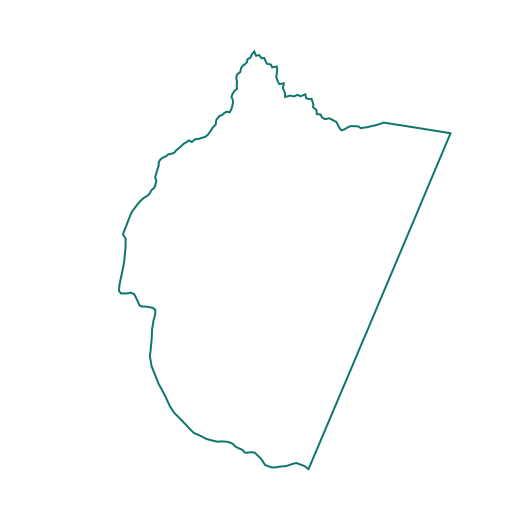 the district of Exu, Pernambuco, Brazil, rotated 203°
{"feature_id": "56859067B93909789229404", "entity_name": "Exu", "entity_type": "district", "adm_level": 2, "iso_a3": "BRA", "parent_name": "Brazil", "parent_adm1": "Pernambuco", "projection": "equal_earth", "projection_center": [-39.683, -7.516], "detail": "fine", "context": "isolated", "style": "outline", "palette": "teal", "viewbox_px": 512, "rotation_deg": 203, "n_neighbors": 0, "source": "geoboundaries", "source_scale": "gbopen_adm2", "svg_char_len": 2363}
<svg xmlns="http://www.w3.org/2000/svg" viewBox="0 0 512 512"><g transform="rotate(203 256 256)"><path d="M124.4,80.3L124.4,162.1L124.4,192.7L124.5,218.9L124.4,229.4L124.5,257.6L124.6,337.9L124.6,351.7L124.8,392.9L124.8,406.7L124.8,416.0L124.9,444.9L127.4,444.4L160.3,436.3L190.5,428.7L195.6,424.2L198.5,422.0L201.1,420.2L203.3,418.5L209.5,414.6L212.3,415.3L219.0,412.9L221.4,410.9L223.7,407.5L226.4,405.1L229.3,406.5L234.4,410.8L242.3,411.4L246.1,408.9L249.7,409.5L251.8,411.5L255.3,410.4L257.5,414.0L261.5,415.2L262.5,418.0L266.2,422.3L268.6,421.1L271.4,420.8L273.8,424.1L277.4,420.5L280.9,420.5L283.4,417.7L287.2,417.0L291.3,413.8L293.5,417.9L296.8,421.0L297.8,425.8L301.9,423.4L304.4,425.5L307.1,428.4L309.4,436.0L311.0,438.5L314.8,436.0L317.1,438.0L321.2,437.3L325.7,441.4L328.2,440.2L331.6,442.2L334.2,440.3L337.5,443.6L338.6,439.9L338.6,436.4L340.7,433.8L340.1,430.9L341.0,428.4L342.4,426.2L343.2,423.5L342.4,419.1L344.3,416.0L343.9,412.3L341.5,408.9L340.2,405.0L338.8,402.4L340.2,400.1L341.0,396.0L340.7,392.8L338.8,391.1L337.1,388.6L336.6,385.6L336.1,382.1L336.3,378.0L339.3,377.4L341.0,375.4L342.1,372.8L344.3,370.7L345.7,365.8L344.5,361.2L346.1,357.0L346.6,353.3L347.6,349.0L349.3,345.8L351.8,343.8L354.0,341.8L357.7,339.6L359.6,335.9L363.0,336.1L364.6,333.4L366.5,330.9L368.0,327.4L369.6,324.1L370.9,321.7L371.7,319.0L373.9,317.0L376.4,315.4L377.9,312.5L380.4,310.0L381.9,307.0L382.1,304.1L380.8,300.9L380.6,297.3L380.0,292.5L379.5,288.8L377.1,286.2L376.4,282.1L376.2,279.3L378.0,275.6L378.2,272.2L379.6,268.8L382.1,265.5L383.9,261.5L385.2,257.7L386.1,253.9L387.3,249.1L387.6,245.2L387.0,224.0L382.8,221.1L379.5,213.0L375.7,201.1L374.0,194.4L373.1,189.7L371.0,178.9L370.0,174.6L368.5,170.4L365.8,168.8L360.4,171.0L357.0,173.3L353.2,173.3L348.5,169.3L344.0,165.1L341.7,164.8L336.7,166.7L331.0,167.9L327.8,167.3L326.0,163.0L325.1,156.5L323.1,148.1L320.1,140.2L319.2,137.6L315.8,126.8L314.5,122.3L309.1,113.8L295.7,100.3L285.7,92.3L276.5,84.0L270.1,79.7L263.2,76.9L254.3,73.2L248.2,70.4L244.1,68.9L235.7,68.7L230.3,68.2L222.7,69.3L218.6,70.1L215.6,71.8L209.1,74.0L205.5,74.1L203.4,73.8L200.6,72.5L197.5,72.3L192.3,72.2L189.9,70.7L187.7,71.2L183.4,73.8L180.1,74.4L171.9,71.2L165.8,67.1L163.4,67.3L158.7,67.5L154.2,69.8L152.2,71.2L146.2,74.4L139.8,80.0L137.7,81.3L135.1,81.3L129.4,81.6L124.4,80.3Z" fill="none" stroke="#0f766e" stroke-width="2"/></g></svg>